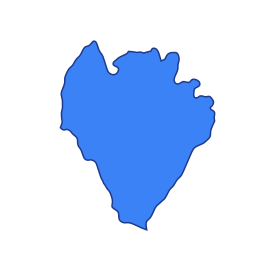 outline of Esperanza, Valverde, Dominican Republic, rotated 204°
{"feature_id": "3306468B62426802090355", "entity_name": "Esperanza", "entity_type": "district", "adm_level": 2, "iso_a3": "DOM", "parent_name": "Dominican Republic", "parent_adm1": "Valverde", "projection": "robinson", "projection_center": [-70.963, 19.618], "detail": "fine", "context": "isolated", "style": "filled", "palette": "blue", "viewbox_px": 256, "rotation_deg": 204, "n_neighbors": 0, "source": "geoboundaries", "source_scale": "gbopen_adm2", "svg_char_len": 4087}
<svg xmlns="http://www.w3.org/2000/svg" viewBox="0 0 256 256"><g transform="rotate(204 128 128)"><path d="M128.2,67.9L125.2,66.1L122.6,64.2L119.2,62.5L117.6,61.2L116.1,59.7L114.7,58.1L113.4,56.5L112.7,55.3L112.1,54.1L111.0,50.4L110.4,49.5L109.9,49.1L108.8,48.7L105.0,48.0L103.7,47.6L103.2,47.3L102.2,46.5L101.5,45.5L100.9,44.5L100.1,42.8L99.4,41.7L98.6,40.8L97.6,40.1L97.0,39.9L95.7,39.6L93.8,39.7L92.6,40.0L90.0,41.3L88.8,41.8L87.4,42.1L86.0,42.3L83.1,42.4L74.2,42.3L69.5,42.6L71.7,46.1L72.5,47.7L72.9,49.0L72.9,50.4L72.6,51.6L71.4,54.4L71.0,56.5L70.8,58.8L70.7,65.0L70.6,66.5L70.3,68.0L69.9,69.3L68.5,72.1L67.5,74.6L66.1,77.5L65.7,78.8L65.4,81.0L65.1,86.4L64.8,88.7L64.4,90.0L63.5,92.3L63.0,93.6L62.8,95.1L62.4,99.0L62.1,100.5L61.7,101.8L60.5,104.7L60.1,106.2L59.9,108.5L59.8,111.0L60.0,131.3L59.9,133.7L59.7,135.3L59.3,136.8L58.9,137.5L58.2,138.7L56.8,140.4L53.8,143.7L52.5,145.5L51.9,146.7L50.1,150.8L49.7,152.0L49.6,152.6L49.6,154.0L49.7,154.6L50.1,155.8L51.0,158.0L51.5,160.2L51.7,164.1L51.7,169.6L53.3,172.2L53.8,173.5L54.5,175.9L55.0,177.0L55.4,177.5L55.8,177.8L56.9,178.3L58.0,178.5L59.8,178.6L61.2,180.1L60.4,181.7L60.1,183.0L60.0,184.3L60.0,185.0L60.3,186.2L60.6,186.8L61.4,187.7L63.8,189.2L65.3,189.8L65.8,189.9L66.9,189.8L67.8,189.4L68.9,188.5L69.3,188.3L70.3,187.9L73.2,187.4L74.3,187.0L74.8,186.8L75.6,186.1L76.4,184.7L77.0,183.9L77.8,183.3L78.3,183.1L78.8,183.0L79.4,183.0L80.3,183.5L81.1,184.4L81.7,185.5L82.8,188.8L83.1,190.0L83.1,190.6L82.9,191.2L82.4,192.3L80.9,194.1L80.3,195.1L80.1,195.7L80.0,196.3L80.1,196.9L80.6,198.0L81.4,198.9L81.9,199.2L83.1,199.6L84.3,199.8L85.6,199.8L86.8,199.6L87.9,199.2L88.9,198.6L89.2,198.1L89.5,197.6L90.1,195.6L90.7,194.7L91.1,194.4L92.1,193.9L95.5,193.2L96.5,192.8L97.3,192.1L98.5,190.3L99.2,189.4L100.1,188.7L100.6,188.4L101.8,188.1L102.5,188.2L103.1,188.3L103.6,188.6L104.1,189.0L105.0,189.9L105.6,191.0L105.8,191.7L106.1,194.0L106.1,199.4L106.4,201.6L106.8,203.0L108.0,205.9L108.3,207.2L108.8,210.0L109.2,211.3L109.8,212.6L111.0,214.3L112.4,215.7L113.5,216.2L114.2,216.4L114.7,216.4L115.8,216.1L119.4,214.3L119.9,213.9L120.7,213.0L121.5,211.9L121.7,211.3L122.1,210.0L122.2,208.6L122.3,205.7L125.0,202.7L129.2,207.6L131.1,209.7L132.7,210.9L133.9,211.5L134.5,211.6L135.7,211.7L136.8,211.4L137.3,211.2L137.8,210.7L138.1,210.2L138.3,209.7L138.4,208.5L138.4,207.5L141.6,205.1L144.0,202.9L146.7,202.6L148.0,202.2L150.7,200.6L155.3,199.4L158.8,198.1L158.8,196.9L159.0,196.4L159.5,195.3L160.6,193.8L163.7,190.2L164.9,188.6L165.6,187.4L166.4,185.5L167.5,183.5L167.9,182.4L167.9,181.8L167.9,181.2L167.7,180.6L167.4,180.1L166.9,179.7L165.9,179.4L163.2,179.3L162.1,179.1L161.6,178.9L161.1,178.5L160.7,178.0L160.4,177.4L160.2,176.8L160.1,175.5L160.3,174.1L160.5,173.5L161.1,172.3L162.0,171.4L163.1,170.7L163.7,170.5L165.0,170.3L167.0,170.4L168.2,170.9L169.4,171.6L171.4,173.5L177.1,180.0L180.0,183.1L181.6,184.4L184.4,186.0L185.5,186.8L187.0,188.2L190.8,192.3L191.7,193.1L192.7,193.6L193.3,193.7L193.8,193.7L194.4,193.5L194.9,193.2L195.2,192.7L195.6,191.7L196.2,189.5L196.6,188.3L197.6,186.9L199.7,185.1L200.0,184.6L200.5,183.5L200.9,181.4L201.1,176.9L201.4,174.6L201.8,173.3L202.8,171.0L203.2,169.6L203.5,168.1L203.9,164.3L204.1,162.8L204.6,161.5L205.8,158.6L206.1,157.1L206.3,155.6L206.4,153.3L206.4,151.0L206.3,149.4L205.8,147.2L204.5,144.3L204.1,143.0L203.8,140.7L203.5,134.6L203.2,133.1L203.0,132.4L202.7,131.7L202.0,130.5L199.5,127.1L198.8,125.9L196.1,119.9L195.8,118.6L195.1,115.2L194.6,113.9L192.4,109.6L191.2,107.9L190.7,106.9L190.3,105.8L190.2,104.5L189.9,100.9L189.0,100.4L188.0,100.1L187.5,100.0L186.3,100.0L185.4,100.3L184.0,101.5L183.5,101.7L182.4,102.0L180.7,102.0L179.4,101.7L178.9,101.5L176.2,100.1L175.0,99.7L172.6,99.1L171.4,98.6L170.4,97.9L169.6,97.0L168.9,96.0L168.1,94.2L167.5,93.1L166.3,91.7L165.4,90.9L163.2,89.7L162.1,88.9L160.6,87.5L157.3,84.0L155.8,82.7L154.6,82.1L153.4,81.9L152.2,82.1L151.2,82.5L149.2,83.7L148.0,84.0L146.7,84.1L145.4,84.0L144.2,83.7L143.6,83.4L142.5,82.6L141.0,81.1L135.2,74.6L132.8,72.0L130.8,70.2L129.0,69.0L128.7,68.7L128.2,67.9Z" fill="#3b82f6" stroke="#1e3a8a" stroke-width="1.5"/></g></svg>